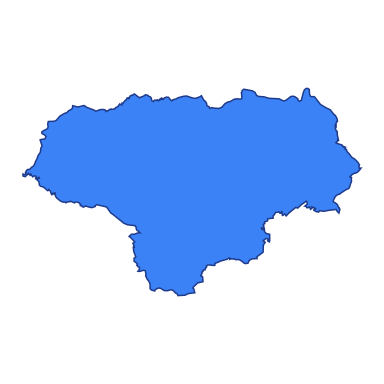 Boiu Mare, Maramures, Romania (Natural Earth projection)
{"feature_id": "2599482B25280106664114", "entity_name": "Boiu Mare", "entity_type": "district", "adm_level": 2, "iso_a3": "ROU", "parent_name": "Romania", "parent_adm1": "Maramures", "projection": "natural_earth1", "projection_center": [23.582, 47.399], "detail": "fine", "context": "isolated", "style": "filled", "palette": "blue", "viewbox_px": 384, "rotation_deg": 0, "n_neighbors": 0, "source": "geoboundaries", "source_scale": "gbopen_adm2", "svg_char_len": 5932}
<svg xmlns="http://www.w3.org/2000/svg" viewBox="0 0 384 384"><path d="M338.9,213.1L339.9,209.1L339.1,208.5L339.2,207.7L338.0,206.6L337.8,205.3L336.9,204.1L334.9,202.6L333.2,201.8L333.4,200.4L334.4,198.1L335.9,195.9L337.5,194.7L339.9,194.0L340.8,193.1L346.0,189.7L348.8,188.5L349.5,187.3L350.6,183.6L351.5,181.7L351.3,178.2L351.6,177.6L350.8,176.9L350.1,177.2L349.9,176.7L352.3,174.4L354.2,173.4L355.7,173.1L357.7,172.0L359.5,170.2L361.0,168.1L359.2,168.3L359.0,165.8L359.5,165.0L357.8,162.1L354.6,159.0L352.1,157.5L351.1,156.5L349.6,154.3L346.9,151.4L346.7,150.0L345.0,149.0L345.5,148.4L343.5,146.9L344.4,146.8L342.5,146.0L342.3,145.3L341.6,144.8L336.5,143.3L335.9,142.7L337.6,141.3L337.5,140.9L338.1,140.6L337.8,140.1L338.5,140.1L337.4,135.5L337.1,131.3L336.5,131.1L335.3,128.7L335.4,127.4L336.0,127.5L336.2,127.0L335.3,126.0L335.9,126.0L336.2,125.1L336.1,124.7L335.6,125.1L335.6,124.1L336.5,122.7L336.5,121.8L337.5,121.3L337.0,118.5L335.4,115.5L333.9,114.4L330.2,109.7L326.6,108.1L320.5,104.5L314.7,97.0L314.0,96.6L311.3,96.7L310.4,96.1L309.5,93.9L309.3,89.6L308.4,88.7L307.7,88.4L306.3,88.4L304.4,89.8L303.4,92.3L301.3,100.3L299.7,101.3L297.9,100.0L297.9,98.9L297.0,98.2L294.9,96.7L293.0,96.2L290.8,96.5L285.8,100.4L283.3,100.9L279.1,98.8L269.0,98.3L263.9,96.8L258.4,96.4L256.5,95.3L255.1,92.4L252.4,90.8L243.8,89.2L242.1,90.6L242.1,91.8L241.4,92.4L241.9,97.6L241.6,98.8L240.5,99.1L236.5,98.8L233.8,99.4L230.5,101.4L227.4,102.2L224.8,103.8L222.1,107.0L219.2,108.4L214.5,108.2L211.9,107.6L210.0,108.3L209.4,108.1L209.4,107.0L206.9,105.6L206.7,103.8L205.9,102.0L203.6,99.8L201.4,95.7L199.9,96.8L195.4,98.4L192.5,98.0L186.6,96.0L183.4,96.3L177.5,97.9L176.6,98.8L173.0,99.7L172.3,100.7L170.9,100.3L168.5,97.3L166.4,97.1L164.3,97.9L163.8,99.1L163.0,99.4L161.9,99.3L162.5,98.6L161.5,98.0L160.7,98.9L160.2,98.8L159.9,99.2L160.2,99.7L159.3,99.9L159.1,100.4L158.1,100.1L157.9,100.6L157.1,99.8L156.1,100.4L154.5,100.1L153.4,101.5L152.4,101.2L151.7,100.3L151.3,98.2L150.5,97.0L148.4,96.1L147.9,95.3L145.4,94.8L143.6,96.1L139.3,97.7L134.5,94.0L133.6,94.3L132.4,95.5L132.0,95.1L130.2,95.9L129.6,97.3L128.7,97.6L128.6,98.3L128.9,98.6L128.7,98.7L128.3,98.6L128.2,97.9L127.1,98.0L125.9,100.2L125.2,100.4L123.0,103.1L122.0,103.1L122.0,103.8L121.3,104.2L121.7,104.7L120.0,104.4L119.7,104.0L117.7,106.7L115.5,107.7L115.0,108.7L111.8,109.5L111.5,109.0L110.9,109.1L109.1,109.7L108.3,110.6L106.7,110.9L106.0,111.5L105.3,110.0L103.0,109.4L99.9,109.7L95.7,111.3L94.6,110.3L86.9,107.4L84.1,105.5L77.8,107.0L72.7,105.7L72.3,108.6L68.0,111.2L66.9,112.7L64.9,113.2L60.0,116.0L56.4,120.2L54.6,121.2L48.3,121.5L47.7,124.0L48.1,126.5L47.6,128.6L43.5,130.7L41.8,132.0L42.0,133.6L44.5,134.9L46.0,136.4L44.9,139.0L41.7,139.3L40.1,139.9L42.1,146.0L40.9,148.0L40.3,152.3L38.1,155.5L36.9,159.0L35.6,161.4L34.7,164.0L33.5,166.0L31.5,167.4L29.5,169.5L27.8,169.4L26.6,170.3L25.5,172.5L26.1,173.1L25.3,174.3L24.0,174.5L23.0,174.0L23.0,176.0L25.2,176.7L27.7,174.3L28.1,173.5L28.4,174.1L29.2,174.4L30.3,174.0L29.9,174.9L30.1,175.4L31.2,174.9L32.7,176.8L34.8,175.8L35.9,176.1L36.3,177.1L35.5,177.9L36.0,179.0L38.2,178.1L38.5,177.4L39.0,177.3L39.4,178.2L38.2,178.3L37.1,179.9L38.9,181.7L39.4,185.0L40.3,186.1L43.2,187.0L45.5,188.6L45.9,189.3L47.8,190.7L48.4,190.4L48.9,189.5L50.6,191.5L50.8,193.0L51.6,193.7L51.6,194.6L51.9,194.8L53.0,193.2L53.8,194.0L54.7,192.9L55.1,192.9L54.9,194.5L55.5,195.0L55.3,195.9L55.6,196.4L56.9,198.2L60.4,201.0L62.9,202.1L65.2,202.1L65.9,202.8L68.0,201.7L69.8,201.8L70.6,201.2L74.4,202.9L75.7,201.9L76.7,202.0L78.9,202.7L80.1,203.8L80.1,204.7L80.7,204.9L80.5,205.6L81.8,205.8L82.1,206.6L83.6,207.1L85.5,206.0L90.2,207.4L92.2,207.6L95.2,206.5L95.3,205.7L96.8,204.7L106.6,207.0L110.8,213.0L112.4,214.0L123.8,223.2L127.6,224.8L135.0,225.6L135.3,226.4L136.0,226.7L136.3,229.1L137.1,230.6L138.4,231.1L140.0,232.9L138.4,232.7L134.4,234.2L131.6,234.2L129.1,236.3L129.1,236.7L130.0,236.9L134.7,241.9L134.6,242.3L132.9,243.2L134.4,246.9L133.6,247.0L133.8,247.5L133.3,247.6L133.8,251.6L135.8,256.9L134.1,258.2L134.1,261.3L137.3,263.6L137.4,264.2L136.7,265.2L138.2,266.8L139.5,267.3L139.3,269.5L138.0,271.3L139.9,271.4L143.4,270.3L144.6,270.4L145.5,270.9L145.4,271.6L146.0,274.3L145.6,275.7L147.2,279.2L149.2,281.7L150.1,284.8L150.1,288.8L151.4,290.0L154.7,291.0L154.9,290.2L156.4,288.9L158.7,288.0L160.6,288.3L164.3,290.6L167.9,290.7L170.0,289.9L171.9,289.9L173.8,291.0L175.2,292.8L177.3,294.0L177.9,295.6L185.1,295.2L187.6,293.9L190.2,293.3L194.8,292.8L193.8,288.9L192.9,288.1L193.1,287.3L197.7,282.9L203.0,281.7L202.6,276.9L202.1,276.3L200.8,275.8L200.8,275.5L202.1,273.3L201.9,272.6L202.1,271.9L202.8,271.7L203.1,271.2L202.9,270.3L205.2,269.7L205.1,268.9L206.6,267.0L206.2,266.2L208.1,264.9L214.6,265.5L214.9,265.2L214.9,263.5L221.1,260.9L227.2,259.2L228.6,258.1L229.9,258.1L229.7,259.3L230.6,258.9L232.3,258.9L234.5,259.1L235.9,259.7L238.8,259.5L241.6,261.0L243.9,263.0L245.3,263.6L248.0,263.2L249.3,260.3L252.2,258.8L257.1,258.6L257.0,256.7L263.1,252.2L263.4,245.0L265.2,242.3L263.5,241.3L263.2,240.4L264.4,240.0L265.8,238.6L266.4,238.5L268.1,239.1L268.3,239.6L267.6,240.7L267.9,241.1L269.4,241.9L269.7,241.1L269.7,234.3L266.4,233.6L265.0,232.2L264.5,231.1L264.4,229.0L263.3,229.8L262.8,229.7L261.7,229.1L261.5,228.1L262.0,227.6L263.9,228.3L263.8,225.9L263.3,224.4L264.8,223.6L264.4,222.3L264.6,221.8L267.5,221.0L267.8,218.8L273.2,218.1L273.0,216.7L273.1,215.9L274.7,214.3L275.3,212.5L279.1,212.0L279.9,213.2L280.5,213.3L281.3,212.8L281.5,211.7L282.0,211.7L282.4,215.4L283.0,215.3L284.7,213.9L286.2,215.9L289.0,212.9L295.8,207.4L297.7,208.1L301.4,204.6L306.4,201.2L307.1,202.3L307.3,204.0L304.9,206.1L305.7,206.2L306.3,206.6L306.6,207.6L307.1,207.8L308.2,207.7L309.1,206.9L309.9,207.7L310.5,209.3L312.0,208.3L311.9,206.8L315.3,208.3L315.6,208.5L315.3,209.0L313.9,209.4L313.8,210.2L316.4,211.8L317.4,211.7L318.6,212.1L319.6,210.7L323.7,211.3L329.6,210.2L336.0,209.5L337.3,211.5L338.9,213.1Z" fill="#3b82f6" stroke="#1e3a8a" stroke-width="1.5"/></svg>